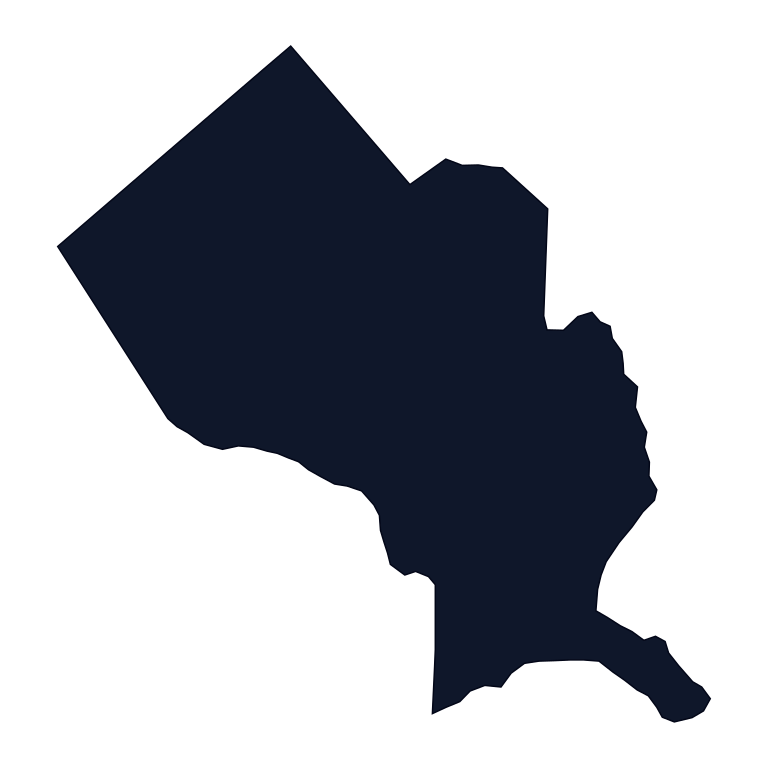 the district of Cravolândia, Bahia, Brazil
{"feature_id": "56859067B17277880665383", "entity_name": "Cravolândia", "entity_type": "district", "adm_level": 2, "iso_a3": "BRA", "parent_name": "Brazil", "parent_adm1": "Bahia", "projection": "mercator", "projection_center": [-39.753, -13.429], "detail": "fine", "context": "isolated", "style": "filled", "palette": "ink", "viewbox_px": 768, "rotation_deg": 0, "n_neighbors": 0, "source": "geoboundaries", "source_scale": "gbopen_adm2", "svg_char_len": 1317}
<svg xmlns="http://www.w3.org/2000/svg" viewBox="0 0 768 768"><path d="M502.5,167.9L492.0,167.2L478.4,165.0L462.2,165.4L445.8,159.1L409.9,184.6L290.7,46.1L263.7,69.1L57.7,246.5L167.9,418.6L177.1,426.7L187.7,432.6L204.1,444.3L222.5,449.3L238.3,445.9L253.6,447.2L267.0,451.1L277.3,453.3L288.9,458.1L298.5,461.7L308.6,469.8L320.5,476.5L334.5,484.0L347.0,486.0L361.6,490.9L373.9,504.9L379.4,515.3L380.5,530.4L384.0,542.1L387.5,552.9L390.4,564.4L404.8,575.0L415.6,571.4L428.5,576.6L435.3,584.7L435.3,649.6L434.6,666.7L432.4,713.6L446.0,707.3L459.8,701.6L470.1,691.0L484.8,685.4L501.0,687.0L511.1,673.2L524.5,663.3L539.1,661.1L554.5,660.6L570.7,659.9L583.2,659.9L599.0,661.1L613.0,672.1L624.6,680.2L637.1,689.9L648.3,695.8L656.8,707.3L662.3,717.2L674.3,721.9L692.1,717.6L703.5,710.9L710.3,698.7L701.7,687.0L692.7,681.8L678.7,665.8L668.6,653.0L665.1,641.5L655.5,636.3L643.9,640.3L632.0,631.6L620.2,625.7L607.9,617.8L595.9,610.8L597.6,589.4L601.1,575.0L606.2,561.7L619.1,542.5L632.0,527.0L642.8,511.9L654.4,500.2L656.8,489.8L648.9,476.1L649.4,462.1L644.3,447.2L646.7,432.1L641.0,421.1L635.3,407.4L637.5,386.9L623.7,374.2L623.1,363.2L621.7,351.7L612.3,338.4L610.1,326.3L600.1,321.8L591.9,312.3L577.9,316.6L563.5,330.3L547.0,329.9L543.7,315.9L547.7,208.9L502.5,167.9Z" fill="#0f172a" stroke="#020617" stroke-width="1.5"/></svg>